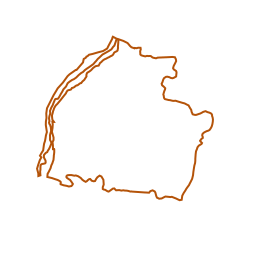 Markz Abu Qurqas, Al Minya, Egypt, rotated 208°
{"feature_id": "37247803B9734537557155", "entity_name": "Markz Abu Qurqas", "entity_type": "district", "adm_level": 2, "iso_a3": "EGY", "parent_name": "Egypt", "parent_adm1": "Al Minya", "projection": "mercator", "projection_center": [30.805, 27.941], "detail": "fine", "context": "isolated", "style": "outline", "palette": "amber", "viewbox_px": 256, "rotation_deg": 208, "n_neighbors": 0, "source": "geoboundaries", "source_scale": "gbopen_adm2", "svg_char_len": 5843}
<svg xmlns="http://www.w3.org/2000/svg" viewBox="0 0 256 256"><g transform="rotate(208 128 128)"><path d="M176.2,46.9L171.6,48.1L168.4,48.6L165.6,49.1L163.1,49.1L162.0,48.7L161.6,47.9L161.6,47.5L161.1,46.7L157.9,47.2L155.1,48.1L152.7,48.6L150.7,50.2L150.4,51.5L150.4,52.7L152.4,53.8L154.9,55.0L156.1,55.0L158.5,55.3L159.3,55.7L159.7,56.5L159.4,57.7L158.2,58.6L155.8,59.9L153.0,60.7L151.8,61.6L149.4,62.0L146.2,61.7L144.1,60.9L142.7,60.7L142.1,60.6L140.1,60.6L139.3,61.9L139.0,63.1L138.2,64.7L137.4,65.2L136.2,64.8L135.4,64.4L133.4,64.8L132.7,65.3L132.2,65.7L132.2,66.9L132.2,68.1L131.9,70.2L130.7,72.6L128.7,72.7L125.4,70.7L122.9,66.7L122.5,63.9L121.6,62.3L120.4,62.3L119.2,62.7L116.4,62.5L115.2,62.8L114.8,63.6L114.1,64.9L112.9,67.4L111.7,68.2L111.1,68.0L110.7,67.8L109.3,67.4L106.5,69.1L104.5,69.6L102.9,70.8L101.3,71.3L99.7,72.1L98.1,72.6L96.1,73.0L95.1,73.6L94.7,73.7L83.5,78.7L79.0,80.8L78.8,81.9L78.6,82.8L77.0,84.5L75.8,84.5L74.6,84.5L73.5,83.8L71.3,81.4L71.1,81.2L69.7,80.1L68.2,80.2L67.3,80.2L65.2,81.6L63.3,84.4L62.7,85.1L60.5,86.0L60.0,86.2L58.0,87.0L57.0,87.8L53.4,88.2L52.6,88.3L50.1,88.4L48.5,88.5L46.9,89.8L48.3,93.7L48.3,94.9L48.3,96.9L48.0,99.8L48.0,100.9L48.0,101.4L47.7,103.8L47.3,106.3L47.4,107.9L47.4,109.9L47.5,113.2L48.0,115.2L48.4,116.8L49.7,120.0L51.0,123.7L51.8,126.1L52.3,128.5L53.2,130.7L54.1,132.4L56.0,136.7L57.0,139.3L57.2,141.2L57.3,142.3L57.6,143.5L57.2,145.7L56.2,147.4L55.6,148.4L55.6,149.5L58.1,150.3L58.4,150.7L58.2,151.5L58.1,151.9L58.1,152.7L57.7,153.5L57.3,154.3L57.7,155.1L58.6,155.9L59.0,156.3L59.4,157.5L59.0,159.2L58.3,160.4L57.1,162.1L55.9,163.3L55.1,164.5L54.8,166.6L54.8,168.6L55.3,171.0L56.1,173.4L57.0,175.4L58.2,177.0L59.5,178.2L59.9,179.0L61.1,179.8L63.1,179.8L65.5,179.3L67.1,179.3L67.5,179.2L69.1,177.6L69.5,177.0L69.9,176.3L71.0,174.7L71.8,173.9L73.1,172.5L74.2,171.4L75.4,170.9L77.0,170.5L77.4,170.5L78.1,171.1L79.4,172.1L80.7,173.7L82.7,174.8L84.7,176.1L85.2,176.4L86.8,176.3L89.6,176.3L91.6,175.8L93.6,175.4L96.0,174.9L98.8,174.4L100.4,173.4L100.8,173.2L101.6,172.9L102.4,172.7L104.0,172.3L105.2,171.8L106.8,171.4L108.8,170.9L109.2,170.9L110.0,171.3L110.5,171.8L110.8,172.1L111.6,173.3L112.5,174.1L112.9,175.7L113.3,177.7L113.4,179.4L113.8,180.6L115.8,181.3L117.9,181.7L118.3,182.1L119.1,182.9L119.1,184.5L119.6,187.3L119.6,188.9L118.5,191.0L117.9,191.4L117.3,191.8L115.3,192.3L113.7,192.3L112.1,192.8L111.3,193.6L111.0,194.0L110.5,194.8L109.7,196.1L110.2,197.3L111.0,199.3L111.4,200.1L112.3,200.9L114.7,201.2L115.1,201.2L116.3,202.0L116.8,204.4L116.8,207.3L116.9,209.7L118.1,211.3L118.6,211.6L119.8,212.5L122.1,211.6L126.1,209.2L134.8,204.1L135.8,202.9L136.0,202.7L138.7,201.9L139.7,201.8L140.0,201.9L141.7,202.2L143.0,201.6L143.9,201.0L144.6,200.8L145.2,200.5L146.4,199.3L148.4,198.8L150.4,198.4L151.6,198.7L153.3,201.5L153.7,203.5L154.6,204.7L156.2,203.9L156.9,203.5L157.7,202.6L159.7,201.8L159.7,201.4L162.9,200.9L163.6,201.1L164.5,201.3L168.2,202.8L169.4,202.8L173.0,202.7L178.2,201.9L176.8,199.1L176.1,197.5L175.1,195.1L174.4,194.0L173.6,191.5L174.0,190.4L175.0,189.2L175.6,188.0L175.6,185.7L176.3,184.1L177.2,183.1L177.7,182.0L178.3,181.3L179.0,180.3L179.9,178.9L181.0,177.6L181.9,175.9L182.6,173.5L183.2,172.3L183.2,169.3L184.4,168.4L185.7,167.3L187.0,164.6L187.7,161.8L188.6,159.8L189.4,158.6L190.0,157.2L189.8,155.9L189.6,155.1L188.9,154.2L188.9,153.3L189.1,151.7L189.2,150.0L190.1,147.7L190.4,145.7L191.0,145.3L191.6,144.3L192.1,143.1L192.7,141.9L193.4,141.5L194.2,140.1L194.5,139.1L195.3,137.9L196.3,137.0L196.4,135.3L197.3,134.3L198.3,133.5L199.0,132.6L199.2,130.6L199.1,129.4L199.8,125.8L200.2,123.6L200.6,121.3L201.2,118.5L201.7,116.1L202.4,113.9L202.5,112.1L202.5,110.6L202.2,109.1L202.1,107.9L201.5,105.7L201.1,103.6L200.3,102.2L199.0,100.3L198.1,99.4L197.5,99.2L196.5,98.8L196.2,98.6L197.6,97.9L196.1,95.8L194.7,92.7L193.4,88.9L189.3,84.7L188.1,82.4L188.0,80.1L186.2,77.5L184.3,74.1L183.3,74.7L183.1,74.5L181.8,72.1L180.9,69.9L180.7,69.2L180.0,67.7L179.3,66.0L178.8,64.8L178.6,63.3L178.4,62.2L178.2,61.1L178.2,59.6L178.0,58.2L177.7,57.0L177.5,56.1L177.4,51.6L177.5,49.9L176.8,48.2L176.2,46.9ZM179.9,201.5L182.2,201.5L184.2,201.5L184.2,200.5L183.9,199.7L183.8,198.9L183.8,191.1L183.7,188.4L186.1,184.3L189.8,180.9L194.1,176.7L196.8,174.4L197.5,172.3L198.2,171.6L198.3,170.1L199.5,168.2L199.1,166.7L198.5,164.8L200.7,155.1L201.4,154.7L204.8,148.0L205.7,145.4L206.8,137.5L208.7,130.0L208.8,127.4L209.1,122.0L208.8,107.4L207.0,102.5L204.7,98.6L203.5,95.1L202.0,92.1L199.4,88.6L197.7,86.3L197.0,83.0L196.1,80.4L195.2,77.6L194.7,74.7L194.1,73.0L192.4,68.4L192.6,66.1L192.7,62.2L190.7,61.4L190.8,58.4L190.0,53.3L189.2,49.4L185.8,45.7L184.6,43.5L183.1,45.1L183.9,46.3L185.2,48.4L185.7,50.0L186.5,51.5L187.6,53.8L187.6,54.9L187.0,55.9L185.6,56.9L184.5,58.0L184.5,58.8L185.3,60.2L185.8,60.7L187.4,61.8L187.5,61.8L188.4,62.6L189.1,63.7L189.5,64.7L189.3,66.0L189.1,66.6L188.9,67.5L188.0,68.8L188.1,69.5L188.1,70.7L188.0,71.3L188.0,71.6L187.9,72.2L188.0,74.6L188.3,77.5L188.4,78.4L188.8,78.9L189.3,79.5L190.0,80.0L190.8,80.6L191.2,80.8L191.8,81.9L192.4,83.1L192.9,84.0L193.5,85.0L193.7,85.7L194.0,86.9L194.3,88.4L194.4,89.0L194.8,89.8L195.8,91.3L196.4,92.3L197.2,93.1L198.4,94.3L199.5,94.8L200.4,96.0L200.5,97.1L201.1,97.9L202.1,99.2L202.7,100.7L203.0,101.8L203.3,103.5L203.7,104.7L204.9,106.5L205.1,108.3L205.3,109.8L205.2,112.8L205.4,114.2L205.7,117.0L205.9,118.9L205.5,119.7L203.7,120.8L203.4,122.1L203.3,123.6L203.3,126.2L203.1,129.4L203.2,131.7L202.2,135.5L202.3,139.2L201.4,141.4L199.9,144.2L198.7,145.7L197.4,148.3L196.4,151.6L195.2,154.5L194.0,156.4L193.8,157.2L193.6,157.7L193.4,158.6L192.1,161.3L190.8,163.7L188.6,168.1L187.9,171.2L187.7,171.7L187.1,174.8L186.4,176.7L185.8,178.5L185.0,180.9L183.0,184.0L180.9,187.3L180.4,188.3L179.6,189.6L179.2,192.7L178.7,194.4L179.3,198.3L179.7,200.4L179.7,200.7L179.9,201.5Z" fill="none" stroke="#b45309" stroke-width="2"/></g></svg>